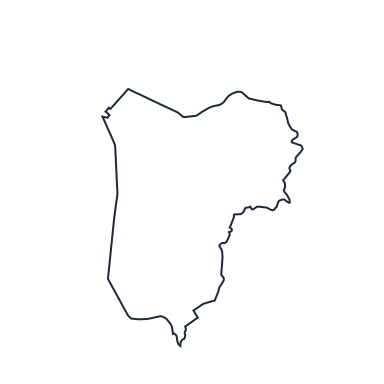 the border of Iraq, rotated 56°
{"feature_id": "IRQ", "entity_name": "Iraq", "entity_type": "country or territory", "adm_level": 0, "iso_a3": "IRQ", "parent_name": "Asia", "parent_adm1": "", "projection": "robinson", "projection_center": [44.579, 33.218], "detail": "fine", "context": "isolated", "style": "outline", "palette": "slate", "viewbox_px": 384, "rotation_deg": 56, "n_neighbors": 0, "source": "natural_earth", "source_scale": "50m", "svg_char_len": 2884}
<svg xmlns="http://www.w3.org/2000/svg" viewBox="0 0 384 384"><g transform="rotate(56 192 192)"><path d="M160.2,77.6L162.5,77.0L166.9,73.5L169.5,70.2L170.3,69.9L172.6,70.9L174.2,71.2L178.0,70.0L180.2,70.7L182.1,71.5L183.2,71.5L188.3,73.6L189.5,73.9L192.1,74.1L196.0,74.2L198.5,72.9L200.3,71.6L201.6,71.6L202.8,71.9L203.8,72.5L204.7,73.4L205.1,74.8L204.9,79.3L205.3,80.4L206.0,81.3L206.8,81.4L207.9,80.5L209.8,79.1L212.0,77.5L213.7,76.1L214.7,75.6L216.2,75.7L217.7,75.9L218.6,76.6L218.6,76.8L219.4,78.9L221.4,86.7L222.5,87.6L223.8,88.5L224.8,89.6L225.1,90.8L225.0,92.6L225.1,94.7L225.6,96.3L226.3,97.5L227.0,98.1L228.1,98.2L229.3,98.5L230.2,99.7L232.9,108.5L233.1,109.7L234.3,110.0L236.1,109.9L238.0,110.8L240.1,112.2L242.0,114.9L243.3,115.3L247.3,114.9L252.8,115.4L255.4,116.8L255.2,117.6L253.2,118.6L249.7,119.7L248.7,121.6L248.1,124.1L248.2,125.5L249.1,127.0L251.6,130.0L251.7,131.1L252.2,132.6L252.6,133.7L252.1,135.7L249.9,137.1L246.9,138.6L241.0,145.4L240.6,146.8L240.6,150.8L240.0,152.0L238.1,152.0L236.7,151.8L236.6,153.2L235.7,155.0L235.1,156.7L237.3,160.5L237.7,162.5L237.4,164.4L235.4,167.6L234.2,169.7L234.5,170.2L236.1,171.1L241.0,178.1L242.6,180.6L244.7,179.9L245.5,180.0L246.1,180.4L246.5,181.2L246.5,182.2L245.9,183.8L248.6,184.5L249.6,186.1L252.7,191.5L252.6,193.2L251.1,195.7L251.1,197.5L251.4,199.0L251.9,199.5L256.5,199.8L258.4,200.4L263.2,203.2L268.7,207.5L273.1,211.0L276.9,214.0L281.0,213.8L282.1,214.3L283.1,215.3L284.3,217.7L286.7,223.3L288.7,225.1L291.8,229.6L294.7,233.8L292.8,239.5L291.0,245.4L291.1,253.0L291.1,257.1L295.0,257.3L299.4,257.5L299.5,262.3L299.6,267.3L299.7,272.9L300.9,273.1L303.0,274.3L303.9,276.1L305.0,277.1L306.3,277.3L307.6,278.2L308.9,279.8L309.4,281.0L309.0,281.9L309.3,283.4L310.3,285.5L311.4,286.5L313.1,287.7L310.8,288.4L308.3,287.9L302.9,285.4L301.2,285.3L299.0,286.2L298.9,287.1L293.3,284.3L291.2,283.8L290.5,283.7L287.3,283.7L282.7,284.2L280.0,285.4L278.2,286.6L277.3,287.7L277.0,288.3L275.6,291.8L273.9,296.2L272.2,300.2L268.8,305.8L266.9,308.4L262.9,313.2L258.5,314.1L248.3,313.2L237.1,312.1L225.8,311.1L217.5,310.3L216.8,310.1L208.6,303.2L202.1,297.8L193.9,291.0L185.7,284.1L177.3,277.1L171.2,272.0L163.8,265.5L157.1,259.5L151.8,254.8L145.0,250.7L139.7,247.5L132.0,242.8L125.8,239.0L120.5,235.8L112.4,230.9L109.7,229.5L101.3,227.9L93.3,226.5L85.0,225.0L79.5,224.1L83.2,220.5L82.1,217.4L79.5,218.0L77.0,218.7L75.6,213.8L77.5,213.2L75.9,206.8L74.2,200.2L72.6,193.9L70.9,187.3L78.0,183.2L83.2,180.0L90.6,175.7L97.7,171.5L104.4,167.5L111.9,163.0L118.5,159.1L124.5,157.5L125.8,156.2L128.6,150.8L131.0,146.2L131.2,145.2L131.2,138.6L131.7,131.0L132.6,126.9L134.0,123.3L135.2,120.7L135.4,118.2L135.3,115.7L134.0,111.9L132.8,108.0L132.9,104.1L133.2,102.1L134.1,98.9L135.5,96.5L137.1,95.0L142.8,93.5L146.2,92.6L150.7,88.4L153.4,85.9L157.2,81.9L159.9,79.0L160.2,78.0L160.2,77.6Z" fill="none" stroke="#1e293b" stroke-width="2"/></g></svg>